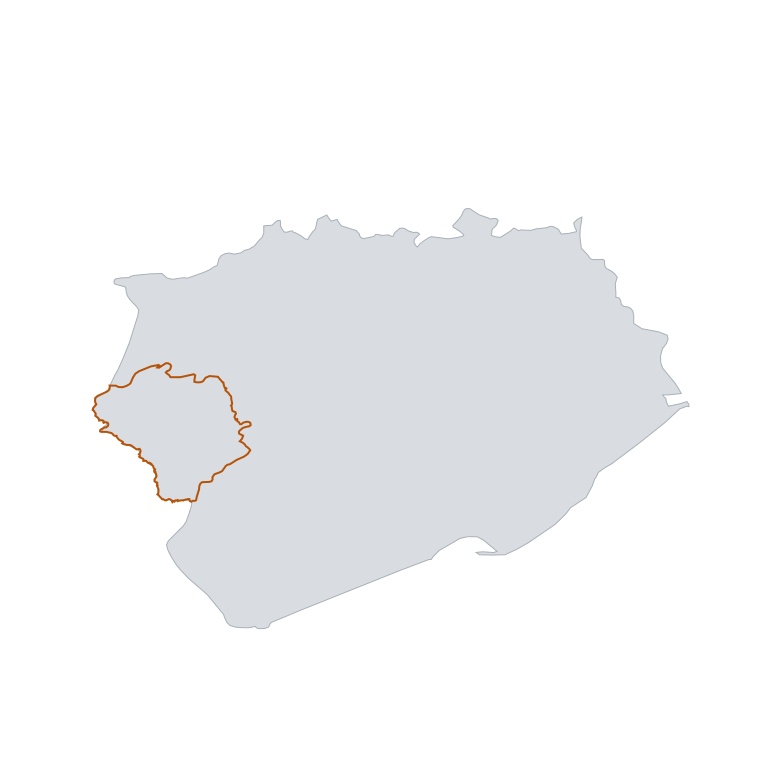 location of Lublin within Poland, rotated 156°
{"feature_id": "POL-3151", "entity_name": "Lublin", "entity_type": "Voivodeship", "adm_level": 1, "iso_a3": "POL", "parent_name": "Poland", "parent_adm1": "", "projection": "equal_earth", "projection_center": [23.045, 51.304], "detail": "fine", "context": "in_parent", "style": "outline", "palette": "amber", "viewbox_px": 768, "rotation_deg": 156, "n_neighbors": 0, "source": "natural_earth", "source_scale": "10m", "svg_char_len": 7524}
<svg xmlns="http://www.w3.org/2000/svg" viewBox="0 0 768 768"><g transform="rotate(156 384 384)"><path d="M632.0,409.0L635.0,413.9L636.2,417.7L635.0,420.8L635.4,423.8L646.7,436.9L650.9,446.4L653.6,450.2L659.9,455.0L660.4,457.0L658.0,458.8L654.3,459.5L653.3,461.2L657.1,465.7L659.9,473.3L659.7,479.6L657.6,481.1L654.9,484.8L653.1,488.2L638.3,490.6L634.8,494.2L626.7,501.2L621.2,505.3L613.0,512.6L600.0,525.1L581.2,546.4L577.9,551.3L578.6,555.3L581.9,564.8L582.6,569.1L582.0,573.0L580.9,576.6L581.1,578.1L589.2,584.7L589.5,586.1L588.8,587.8L587.0,589.2L580.8,587.8L573.9,585.0L571.5,585.4L567.7,584.7L552.3,579.5L541.9,575.3L540.8,572.7L538.9,568.8L534.5,565.6L524.3,562.8L520.2,560.6L503.7,559.3L496.5,559.3L491.4,560.2L488.2,560.1L483.6,565.8L480.5,567.5L476.0,567.7L472.1,566.6L468.1,563.6L461.7,562.0L457.0,562.8L453.6,562.2L450.6,562.0L449.6,562.6L447.2,562.5L443.7,564.0L439.9,566.0L435.7,567.5L432.4,570.9L429.5,577.4L421.4,574.5L418.7,575.7L414.9,576.6L412.3,575.7L412.9,573.5L414.2,570.9L414.2,567.4L413.5,563.5L411.0,562.2L407.3,561.7L405.3,561.0L405.2,559.7L403.3,558.0L400.0,553.8L397.0,548.6L394.9,547.0L391.7,549.5L386.8,552.3L383.8,553.3L377.8,561.4L367.5,561.7L367.0,557.9L366.0,554.3L359.9,553.4L359.8,551.2L358.7,545.9L346.9,535.4L345.5,531.0L346.0,529.3L345.3,526.6L342.7,524.9L333.2,522.9L330.7,524.1L328.5,522.9L325.1,520.4L319.2,518.4L318.5,517.3L316.4,515.5L315.2,515.3L314.4,516.4L312.6,517.9L306.4,519.8L303.9,519.0L301.7,517.4L299.3,513.7L295.6,510.5L292.6,509.4L290.9,507.7L290.6,506.4L297.5,503.8L299.1,501.1L298.4,496.3L297.4,495.6L294.6,497.3L288.9,498.7L283.6,499.4L280.9,499.4L266.3,490.5L256.7,487.8L251.1,487.0L250.4,487.9L252.8,492.9L257.0,499.1L256.7,500.7L248.2,504.3L244.5,506.5L241.4,509.4L238.7,510.8L236.4,510.4L234.1,509.0L228.3,499.9L220.8,492.9L219.9,491.3L217.5,491.0L214.1,489.4L213.1,487.2L214.9,485.0L217.4,483.0L221.6,481.7L222.9,480.5L223.8,478.8L225.4,476.5L225.0,475.6L222.2,473.0L217.9,470.6L205.6,472.4L202.2,473.7L200.4,472.0L199.1,469.5L196.0,469.0L191.9,466.8L187.0,464.5L182.1,463.9L172.1,460.7L168.2,460.5L166.0,459.4L163.7,456.9L161.8,454.3L161.1,448.9L153.7,446.4L146.3,444.9L145.8,445.7L145.8,451.1L145.2,454.0L140.2,455.8L135.3,456.0L135.7,455.1L142.0,445.3L145.0,439.1L148.5,427.9L145.4,419.0L144.7,414.9L143.1,412.9L133.2,408.6L132.5,407.1L134.4,401.3L133.7,398.8L131.4,396.2L128.5,391.1L127.5,386.7L131.9,381.6L135.2,372.7L136.9,369.1L134.4,367.1L133.8,364.3L134.8,360.3L133.5,357.3L130.1,355.4L127.9,352.8L127.0,349.6L128.1,344.6L131.3,337.8L125.9,329.6L112.0,320.0L105.4,313.4L106.2,309.6L109.5,306.1L115.2,303.0L119.7,297.6L122.5,291.1L123.0,285.2L117.8,266.4L117.0,261.7L116.3,254.4L128.7,258.4L133.8,260.7L133.3,258.1L132.4,256.0L133.3,252.8L133.2,248.0L121.9,245.6L114.4,244.7L113.8,241.4L114.6,239.3L116.6,240.5L124.0,241.0L142.7,234.6L174.6,226.3L208.6,218.5L216.5,217.7L224.4,216.0L227.5,213.1L230.5,211.2L235.3,206.1L245.7,198.1L263.7,195.2L270.5,191.5L284.6,186.2L316.6,180.3L329.9,179.0L342.9,178.8L354.3,183.5L366.3,189.2L368.4,192.7L361.9,190.5L352.4,185.4L348.8,185.2L356.6,200.9L360.9,206.5L369.9,210.6L377.5,212.0L401.2,209.5L409.7,206.2L412.1,204.5L414.3,205.4L445.1,207.2L552.5,211.3L583.4,212.0L585.2,211.5L588.4,208.9L592.2,209.2L596.8,210.9L598.9,212.1L599.8,213.5L600.4,215.1L602.9,215.4L607.4,216.6L613.5,219.5L618.4,222.2L623.0,226.1L624.5,230.5L624.6,235.5L624.3,238.7L631.1,263.4L641.7,286.1L645.6,297.1L647.2,303.0L648.5,311.5L648.9,317.5L648.9,320.9L648.1,325.5L645.0,328.3L624.7,336.2L620.9,338.6L614.9,344.8L609.4,351.1L608.1,353.3L607.8,354.7L609.0,356.8L616.3,360.2L623.6,363.0L626.0,365.0L631.4,367.6L633.4,370.0L634.5,372.1L634.4,376.8L632.0,383.4L633.1,388.4L630.6,391.7L628.6,395.4L628.3,401.8L632.0,409.0Z" fill="#d9dde1" stroke="#a8b0b8" stroke-width="1"/><path d="M607.8,354.8L608.3,355.1L608.9,355.8L609.0,356.7L608.6,358.0L609.9,358.6L613.9,359.4L614.7,359.2L615.5,359.8L618.9,360.8L620.1,360.9L620.1,361.3L619.7,361.9L619.9,362.1L620.7,361.8L621.4,362.1L621.9,362.5L622.4,362.5L623.2,361.8L623.4,362.1L623.9,362.5L624.3,362.8L625.3,362.1L625.5,362.6L625.3,363.5L625.1,363.7L626.7,366.1L627.7,366.4L630.4,366.3L631.4,366.8L631.8,367.4L632.1,368.0L632.4,368.4L633.0,368.6L633.6,369.0L633.9,369.8L633.9,370.6L634.4,371.5L635.2,374.1L635.9,375.3L635.0,375.8L634.2,376.7L633.2,378.7L632.8,380.0L632.8,382.3L632.4,383.1L632.7,383.1L632.8,383.1L632.8,383.6L632.2,383.9L631.9,385.4L631.3,386.0L632.2,387.2L633.2,388.3L632.6,390.0L631.5,390.8L630.4,391.4L629.4,392.2L629.2,392.8L629.0,393.5L628.7,395.1L628.9,395.5L629.2,396.0L629.4,396.4L628.9,396.6L628.6,396.8L628.8,397.3L629.2,397.8L629.4,398.1L628.7,398.8L628.4,399.0L627.9,399.0L627.9,399.5L628.5,400.1L628.6,400.8L628.3,402.7L628.5,403.7L629.0,404.7L630.2,406.4L629.8,406.4L629.5,406.4L630.2,407.5L631.1,407.7L631.8,408.1L632.1,409.0L632.2,409.5L632.5,410.5L633.4,411.0L634.4,411.3L635.2,411.7L634.4,413.1L634.5,413.6L636.8,416.2L637.2,417.1L636.6,417.3L636.2,417.8L636.1,418.5L636.5,419.5L635.4,419.8L634.4,420.7L633.7,421.7L633.4,422.7L633.7,424.2L634.6,424.5L635.7,424.5L636.7,425.0L639.8,430.5L641.1,431.7L644.0,433.1L646.7,435.3L647.3,436.2L646.4,436.6L646.1,437.2L647.0,438.6L648.5,440.5L649.0,441.4L649.7,444.4L649.7,444.8L649.4,445.4L649.8,445.7L650.6,445.9L651.2,446.3L651.9,447.1L652.0,447.7L652.1,448.3L652.4,449.2L653.3,450.4L657.1,453.2L661.8,455.3L662.6,456.2L661.9,457.4L660.2,457.7L658.3,457.7L657.1,458.1L655.6,457.4L654.1,457.6L652.8,458.4L652.1,459.6L652.2,461.0L653.1,461.9L654.4,462.4L656.0,462.6L656.0,463.0L655.2,464.3L656.0,465.4L657.6,466.1L659.1,466.4L658.8,468.1L659.2,469.6L660.7,472.4L659.4,474.2L660.0,477.7L660.4,478.6L660.7,478.8L660.6,479.0L659.9,479.8L658.9,480.7L655.2,482.3L655.1,483.1L655.2,484.5L655.1,485.5L654.8,486.2L653.6,488.6L650.6,489.6L640.4,489.7L638.4,490.2L637.4,490.6L636.7,491.2L636.0,492.3L635.3,494.2L629.6,491.5L627.8,489.3L624.2,487.4L620.0,487.0L616.8,487.3L615.3,487.8L610.6,492.1L607.0,494.5L602.7,495.3L589.9,494.9L582.2,493.1L581.6,492.1L583.5,491.7L584.4,491.3L582.9,490.4L575.0,491.7L573.0,490.9L571.5,489.1L571.1,487.3L572.1,485.8L573.5,484.3L575.3,483.8L577.0,484.0L578.6,483.3L577.9,481.5L576.6,479.5L576.5,478.5L576.5,477.5L576.0,476.9L567.1,473.0L553.9,470.3L552.9,468.8L555.5,464.9L556.3,463.1L554.5,461.8L552.5,460.8L550.3,460.1L548.1,460.2L544.4,462.3L540.1,462.2L532.7,458.1L532.4,456.5L531.0,452.2L530.9,451.5L530.8,451.2L530.5,451.1L530.3,450.9L530.1,450.5L530.2,450.1L530.4,449.9L530.5,449.7L531.0,446.4L530.9,445.0L529.8,444.4L529.8,443.9L530.2,443.8L530.7,443.6L531.2,443.3L531.4,442.9L531.2,442.0L529.8,439.2L529.4,436.9L528.9,435.6L528.8,435.1L528.9,434.3L529.1,433.6L529.6,432.6L530.6,428.2L531.3,427.0L531.9,426.7L532.5,426.6L532.4,425.1L533.1,423.0L533.4,420.9L531.2,418.8L531.3,417.1L532.7,416.2L534.0,414.7L534.1,411.8L532.4,411.7L532.4,411.2L533.2,410.4L533.1,409.5L532.1,408.3L532.0,407.3L532.0,406.5L531.8,405.8L530.9,405.4L530.4,405.3L529.0,405.8L528.0,405.9L525.1,405.4L523.6,404.8L522.8,404.1L522.1,403.1L522.0,402.4L522.6,400.6L524.6,400.2L526.6,400.8L530.7,401.3L534.7,400.2L536.1,399.2L536.5,397.5L533.7,394.1L535.9,391.8L539.0,390.3L537.0,388.0L535.7,385.3L535.5,383.5L534.4,381.6L533.5,379.6L533.2,377.8L537.1,375.5L541.4,374.6L549.5,374.6L557.2,373.4L560.0,373.9L562.0,373.4L567.3,370.3L569.5,370.1L575.6,370.5L578.7,368.6L579.0,367.5L579.4,366.6L580.3,365.8L581.3,365.3L583.6,365.7L590.1,368.3L592.3,367.7L594.2,365.9L595.8,363.0L601.1,356.9L602.9,354.3L603.6,354.1L604.6,354.3L606.4,355.1L607.4,355.1L607.8,354.8Z" fill="none" stroke="#b45309" stroke-width="2"/></g></svg>